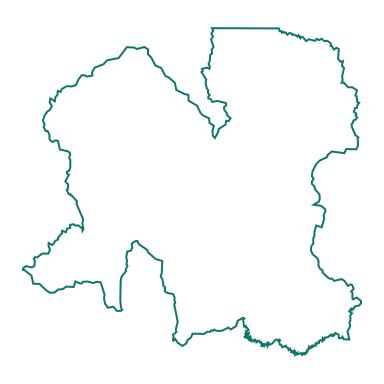 the district of Atalaya, Ucayali, Peru
{"feature_id": "86281439B8185732836313", "entity_name": "Atalaya", "entity_type": "district", "adm_level": 2, "iso_a3": "PER", "parent_name": "Peru", "parent_adm1": "Ucayali", "projection": "natural_earth1", "projection_center": [-73.051, -10.43], "detail": "fine", "context": "isolated", "style": "outline", "palette": "teal", "viewbox_px": 384, "rotation_deg": 0, "n_neighbors": 0, "source": "geoboundaries", "source_scale": "gbopen_adm2", "svg_char_len": 5902}
<svg xmlns="http://www.w3.org/2000/svg" viewBox="0 0 384 384"><path d="M353.0,122.8L353.4,120.5L355.9,119.5L357.2,117.5L355.5,115.4L356.4,113.6L353.8,111.8L355.0,108.2L357.1,107.7L357.5,105.0L359.1,102.8L357.4,102.3L356.6,96.4L355.4,95.6L357.0,90.3L352.1,87.2L348.2,87.3L344.0,82.8L341.6,82.8L342.7,80.1L342.1,76.6L344.0,68.0L342.0,65.9L342.9,61.1L340.8,61.9L338.1,59.0L338.8,48.9L336.4,47.8L334.0,49.6L331.6,45.9L330.6,45.8L331.2,44.8L330.3,42.8L327.2,40.8L324.5,41.2L321.6,38.8L319.0,40.2L317.0,38.8L315.1,40.8L308.7,39.3L306.1,41.1L303.0,37.2L301.0,37.0L300.4,38.1L299.5,36.1L298.1,36.7L298.2,35.4L297.2,36.1L293.5,34.3L292.3,35.0L291.2,33.2L289.0,33.2L287.4,34.8L285.7,32.5L284.4,32.8L283.6,31.8L281.9,32.7L281.3,31.1L279.6,31.2L278.9,28.4L212.0,28.2L213.3,30.7L211.4,33.5L213.0,36.5L211.1,39.5L213.5,46.8L211.7,49.8L212.1,53.5L210.2,54.8L209.7,61.4L208.6,63.8L209.9,67.1L209.4,68.8L207.2,67.6L202.0,68.9L202.7,71.2L201.5,72.1L206.2,79.5L205.6,82.6L206.8,88.7L208.1,89.9L208.0,93.0L209.6,95.1L208.3,96.7L208.3,98.4L210.8,99.3L212.3,102.0L217.0,100.9L225.8,103.0L226.3,105.2L224.0,107.2L224.3,110.0L226.9,113.3L226.7,114.6L230.5,118.3L228.7,121.0L226.1,120.8L225.5,124.6L218.7,129.0L218.3,131.7L214.9,138.0L212.8,135.6L212.5,130.5L213.9,125.8L209.5,122.9L209.1,118.4L202.7,115.2L200.6,113.0L197.0,105.7L188.6,100.6L188.3,94.8L185.0,94.2L176.3,90.0L174.9,82.8L168.2,77.1L165.6,76.2L161.1,67.9L155.4,65.5L151.3,57.6L147.8,54.1L148.2,49.5L144.3,47.0L137.0,49.0L134.0,47.5L126.8,47.2L118.7,58.0L107.1,60.3L103.5,64.2L94.7,67.7L92.0,72.5L92.5,75.5L87.2,76.6L83.6,75.1L81.6,75.4L78.6,79.2L75.9,85.1L71.7,86.4L66.5,86.2L61.8,89.1L60.7,91.8L57.8,91.0L57.4,95.1L55.5,96.9L54.8,101.3L50.4,98.4L49.6,102.1L51.9,106.1L49.8,110.0L47.3,111.6L44.6,115.5L42.9,120.5L44.6,124.2L43.7,127.0L45.7,131.0L47.7,131.1L49.4,134.6L49.5,138.9L50.9,141.0L52.5,142.0L55.8,140.3L58.1,141.1L59.8,149.4L67.7,151.3L69.8,152.8L70.2,154.8L69.1,158.0L70.3,159.9L70.3,167.5L69.3,170.4L66.8,171.9L67.1,173.4L68.9,174.6L65.3,181.3L68.2,184.5L67.9,188.9L66.7,189.9L68.6,193.8L70.5,194.2L70.6,195.4L71.9,195.7L77.0,201.4L76.5,203.8L83.1,219.2L82.4,223.4L83.4,229.1L82.5,230.7L82.3,228.5L78.2,225.3L75.1,225.6L73.5,224.2L70.0,224.9L70.3,227.7L66.8,228.9L65.9,232.3L62.1,230.7L62.0,232.9L57.9,237.9L58.0,239.6L55.2,240.9L53.3,244.2L52.0,245.0L48.7,243.0L48.5,245.8L50.0,249.7L48.3,253.6L42.2,253.6L37.2,257.4L35.1,257.2L33.8,258.7L34.8,260.5L34.5,265.8L31.8,267.5L26.1,266.1L23.1,268.2L23.0,270.0L24.1,269.8L31.5,275.7L33.2,283.7L39.6,284.0L46.5,290.6L50.2,292.8L54.6,292.5L58.1,289.6L62.9,289.0L66.3,286.6L73.7,287.0L75.4,281.4L80.2,283.5L81.9,283.3L82.8,281.8L87.5,281.5L93.2,283.0L96.9,281.8L100.7,282.3L104.6,294.8L104.0,298.5L105.1,303.8L108.0,307.8L113.3,306.7L116.8,310.9L120.6,310.9L122.1,310.1L120.9,307.2L120.3,299.5L120.7,280.2L121.6,276.7L126.0,271.0L125.6,269.4L127.5,265.8L126.4,264.2L127.1,260.7L126.2,257.3L127.3,251.5L131.1,250.6L132.3,247.4L131.8,243.6L134.7,241.4L137.3,240.9L138.7,244.1L147.5,250.1L147.7,251.9L155.5,259.0L162.3,261.0L161.8,273.0L160.7,276.3L162.6,279.6L163.4,285.9L165.1,287.2L164.8,291.3L167.6,293.0L173.1,294.1L174.7,297.9L174.3,299.6L175.3,302.8L174.2,304.3L177.7,321.7L175.8,329.4L176.4,332.0L172.9,334.9L173.6,336.1L172.9,340.0L173.6,340.6L175.2,338.9L177.7,342.8L182.5,345.9L186.4,343.4L187.5,340.1L191.0,337.4L192.6,333.7L204.4,333.9L207.0,331.8L210.3,331.8L211.3,330.3L213.0,330.8L214.2,329.6L216.5,330.8L221.6,330.9L228.4,327.6L230.7,329.4L236.2,326.1L237.6,320.9L242.9,317.8L244.4,318.6L243.1,319.7L244.1,326.5L245.8,326.0L245.8,327.5L247.3,327.9L248.6,330.4L246.2,330.8L245.9,332.6L249.0,333.1L247.9,335.5L247.4,333.5L245.3,334.2L246.5,335.9L244.6,336.6L245.0,337.5L246.7,336.8L247.3,338.3L250.2,336.3L250.6,337.3L248.9,338.9L249.0,340.0L250.6,340.8L249.9,339.7L250.8,338.9L254.2,341.3L254.8,338.8L255.3,341.0L256.8,340.8L256.7,342.2L259.1,340.8L260.0,342.4L261.2,342.1L261.2,343.7L262.6,343.8L261.5,345.9L264.2,346.3L264.1,344.8L265.1,344.0L265.4,344.8L266.6,344.2L267.3,345.7L267.7,342.3L268.8,342.9L268.0,345.5L272.4,343.4L275.8,339.5L277.9,340.1L278.7,341.9L278.6,340.0L279.4,339.5L280.1,340.3L279.1,341.4L279.8,344.6L281.3,344.8L282.2,347.3L285.8,345.7L286.1,347.2L288.0,347.7L288.6,350.0L290.2,348.8L290.5,350.5L292.5,350.8L291.5,352.1L293.9,352.7L293.7,354.4L294.7,350.9L296.1,353.1L295.7,354.5L297.5,352.9L297.4,354.3L301.3,353.1L302.2,355.8L302.0,353.9L303.7,353.6L304.0,352.0L304.0,354.2L305.2,354.3L305.4,353.0L306.5,352.9L306.2,350.8L307.1,352.0L307.7,351.3L307.3,349.8L308.5,349.4L308.8,347.2L309.7,348.6L311.1,347.7L310.4,346.9L311.3,346.0L312.2,346.8L312.9,345.6L313.5,346.5L314.6,345.4L315.7,345.7L315.6,343.4L316.8,344.0L317.5,342.5L319.0,342.9L319.2,340.8L320.9,340.2L322.0,341.1L322.6,338.8L323.0,339.9L323.4,338.7L324.3,339.6L325.1,337.4L327.9,337.3L329.6,335.5L330.9,335.7L331.0,334.6L333.1,334.6L333.1,335.9L334.2,335.4L335.2,333.0L338.5,334.6L339.0,338.3L341.6,337.9L342.5,336.7L343.7,339.3L349.4,339.5L347.5,331.4L350.2,326.1L349.4,322.2L350.5,320.3L350.2,315.5L352.0,313.4L349.2,311.4L351.0,308.8L351.8,310.0L352.3,308.7L353.4,309.2L354.7,306.5L359.1,305.5L361.0,303.3L361.0,300.9L356.8,297.6L353.0,299.3L352.4,298.5L352.5,292.9L351.1,291.6L353.7,288.9L352.2,285.1L350.9,284.4L347.9,285.8L344.6,281.0L341.6,279.1L334.1,280.9L332.1,278.6L329.9,278.8L328.0,277.6L322.8,272.8L322.4,270.1L319.9,268.6L318.4,265.3L318.6,261.5L317.4,258.3L312.6,254.2L310.9,250.2L311.3,246.3L313.3,243.5L313.3,238.0L314.3,236.7L314.5,231.5L316.2,225.5L321.7,227.3L324.2,218.5L323.6,215.2L325.5,210.9L325.2,209.3L321.3,205.9L313.7,204.7L318.8,201.6L319.8,198.8L319.4,194.2L315.5,189.9L314.2,186.2L311.9,183.8L311.8,181.7L313.6,178.7L311.8,176.1L312.6,171.1L316.4,163.9L320.0,160.4L327.0,157.2L327.5,155.1L331.7,151.5L344.3,153.2L346.2,149.1L356.3,149.3L358.1,145.3L357.6,138.7L358.4,137.4L355.4,135.1L351.7,126.4L351.7,123.9L353.0,122.8Z" fill="none" stroke="#0f766e" stroke-width="2"/></svg>